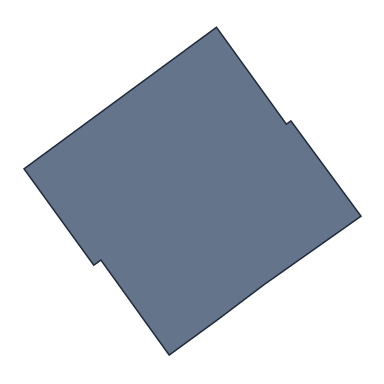 Buchanan, Iowa, United States of America, rotated 324°
{"feature_id": "52423323B70817605938932", "entity_name": "Buchanan", "entity_type": "district", "adm_level": 2, "iso_a3": "USA", "parent_name": "United States of America", "parent_adm1": "Iowa", "projection": "albers", "projection_center": [-91.886, 42.47], "detail": "fine", "context": "isolated", "style": "filled", "palette": "slate", "viewbox_px": 384, "rotation_deg": 324, "n_neighbors": 0, "source": "geoboundaries", "source_scale": "gbopen_adm2", "svg_char_len": 306}
<svg xmlns="http://www.w3.org/2000/svg" viewBox="0 0 384 384"><g transform="rotate(324 192 192)"><path d="M69.7,74.5L69.5,193.5L78.3,193.5L77.7,309.2L77.7,310.5L136.8,310.4L196.0,309.3L314.5,310.9L313.8,192.6L308.2,192.6L308.6,73.1L69.7,74.5Z" fill="#64748b" stroke="#1e293b" stroke-width="1.5"/></g></svg>